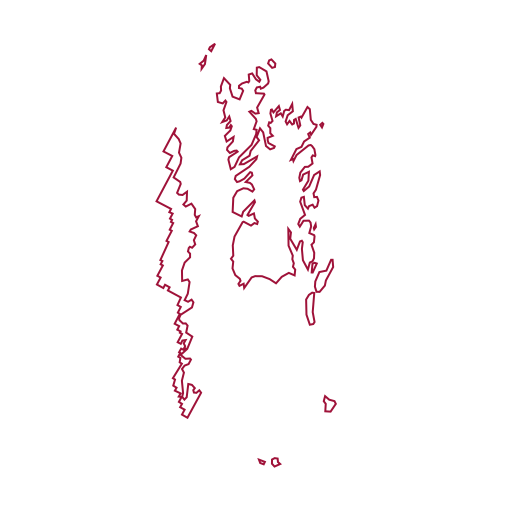 Kodiak Island, Alaska, United States of America, rotated 298°
{"feature_id": "52423323B80008995120080", "entity_name": "Kodiak Island", "entity_type": "district", "adm_level": 2, "iso_a3": "USA", "parent_name": "United States of America", "parent_adm1": "Alaska", "projection": "equal_earth", "projection_center": [-153.82, 57.362], "detail": "fine", "context": "isolated", "style": "outline", "palette": "rose", "viewbox_px": 512, "rotation_deg": 298, "n_neighbors": 0, "source": "geoboundaries", "source_scale": "gbopen_adm2", "svg_char_len": 6153}
<svg xmlns="http://www.w3.org/2000/svg" viewBox="0 0 512 512"><g transform="rotate(298 256 256)"><path d="M223.1,253.6L221.9,255.4L225.7,258.1L222.2,260.6L235.0,262.2L237.8,264.7L241.0,270.9L242.0,278.9L241.3,286.5L249.7,288.5L256.5,292.9L257.0,299.2L262.4,297.0L263.8,293.7L267.3,292.8L270.2,289.6L273.6,288.3L280.4,279.9L295.1,271.8L293.2,275.8L287.3,278.1L280.6,289.1L289.5,288.0L291.0,289.3L290.1,290.8L283.8,293.2L274.3,299.4L268.4,308.2L275.5,306.6L277.9,308.4L281.2,308.3L286.2,305.9L292.0,299.7L295.3,300.7L300.8,298.5L301.7,297.6L301.3,292.3L308.0,290.8L311.1,288.5L312.1,286.2L309.4,281.4L302.5,280.9L304.1,278.3L309.6,277.6L315.3,280.0L324.7,269.5L328.8,268.7L330.7,270.5L323.8,275.2L322.2,279.6L324.9,279.4L327.9,281.9L326.1,285.0L328.7,286.5L334.3,285.1L336.8,282.1L335.3,279.8L338.3,277.4L342.7,277.8L357.6,274.6L360.6,272.5L354.8,269.3L342.3,270.3L335.8,267.7L336.6,266.3L347.1,266.9L355.2,263.2L350.0,259.4L344.2,260.6L342.8,259.7L345.4,257.5L350.5,256.0L357.6,257.3L359.3,260.2L364.2,262.5L369.1,258.7L371.5,258.9L371.9,261.3L373.0,261.1L377.7,257.4L379.4,253.9L379.7,252.2L378.3,250.5L364.2,244.4L357.4,244.5L358.9,243.1L357.2,241.7L369.4,241.5L373.7,244.9L379.7,244.7L385.7,247.9L388.2,244.8L390.5,245.8L388.8,247.7L398.5,248.7L400.3,247.9L399.6,244.8L401.9,240.5L410.9,234.6L411.7,231.5L399.5,231.2L400.1,230.1L398.3,228.6L392.1,233.8L389.1,233.4L395.7,226.7L394.0,225.7L390.8,227.3L389.1,226.2L391.0,222.2L386.9,221.6L388.7,219.0L395.2,217.9L401.1,220.6L407.2,216.6L400.3,216.7L399.2,213.7L397.3,212.8L391.7,214.1L393.6,210.9L388.8,208.2L392.6,207.0L396.2,208.6L399.1,205.8L391.0,204.0L392.8,201.2L392.1,200.6L388.6,201.8L383.0,207.2L380.4,206.5L380.2,204.9L376.8,205.6L375.6,208.6L371.1,211.0L370.0,214.4L365.8,210.8L363.5,212.1L361.6,214.0L361.6,221.1L359.9,221.2L356.8,218.4L357.8,213.2L368.5,204.3L370.6,199.6L361.3,200.7L359.6,204.4L346.2,202.0L341.5,203.2L334.0,198.8L329.4,198.8L331.4,202.1L344.4,210.2L341.7,210.9L331.6,208.2L317.2,200.5L314.0,201.2L312.4,204.5L314.2,206.4L318.9,209.4L327.3,211.5L327.6,213.2L325.5,215.0L316.5,212.2L317.7,216.3L317.2,218.8L314.0,223.1L311.2,222.6L311.4,217.0L309.9,213.1L304.4,208.9L296.8,208.6L283.9,214.7L284.2,224.8L289.1,223.9L304.4,228.5L303.1,229.8L288.2,229.2L288.0,230.7L292.6,234.2L288.6,237.4L287.2,241.5L284.8,242.0L284.3,239.1L280.5,237.3L280.5,229.0L279.6,228.3L263.1,227.9L254.5,230.5L245.6,235.8L241.8,235.2L240.4,238.5L234.0,241.1L229.4,246.7L228.3,252.4L226.8,254.0L223.1,253.6ZM109.5,271.7L110.8,269.0L107.2,267.6L106.3,265.3L108.1,263.6L110.6,264.0L112.1,260.0L111.2,256.3L98.8,261.1L95.6,260.2L97.0,256.9L100.7,256.0L111.1,249.1L119.2,247.1L121.5,243.7L125.7,244.4L128.9,247.2L134.0,247.2L134.5,245.9L132.1,241.9L133.3,235.9L141.7,238.9L154.9,237.6L155.6,230.3L162.4,228.3L163.5,225.6L162.1,223.2L163.4,218.5L164.9,217.3L168.6,217.0L180.5,223.6L185.7,222.5L187.2,219.6L183.7,217.5L183.5,213.7L190.6,213.5L201.8,209.6L203.3,206.8L199.3,202.5L208.5,197.4L216.7,196.1L223.9,198.4L227.1,196.7L228.1,193.8L231.5,192.9L233.1,193.3L233.3,195.7L237.7,196.9L240.8,193.7L246.2,193.5L247.2,190.5L246.5,185.9L248.8,186.0L255.0,190.7L258.5,186.8L264.3,186.8L262.0,185.0L263.6,182.6L268.9,180.3L271.9,174.4L266.7,170.8L267.4,167.7L272.4,168.8L280.4,164.9L275.4,162.5L274.0,159.1L274.7,156.7L284.3,155.7L285.8,154.3L286.7,146.4L302.2,146.0L307.7,144.0L311.1,139.5L320.0,136.6L323.0,132.8L325.4,126.2L331.9,125.2L304.9,125.2L305.0,135.1L292.3,135.1L292.3,142.5L257.6,142.5L257.7,158.9L254.0,158.9L254.3,162.5L248.6,162.5L248.5,164.9L246.2,164.9L246.2,167.4L238.7,167.5L238.7,169.8L227.3,169.9L227.3,172.3L207.5,173.5L207.6,175.7L203.9,175.7L203.9,178.2L192.2,178.2L192.2,181.9L184.3,181.9L184.2,189.2L187.9,189.2L187.8,194.4L184.2,194.4L184.1,209.2L175.8,209.7L175.7,213.5L169.3,213.6L169.1,215.9L158.0,216.0L158.0,221.1L154.0,221.1L154.0,224.8L152.5,224.8L152.5,227.3L143.1,227.3L143.1,230.8L146.8,230.7L148.7,233.3L144.9,233.2L143.1,235.8L141.2,235.8L141.3,237.2L139.2,237.3L139.1,233.4L134.9,233.3L134.9,234.6L130.6,234.6L130.5,237.1L126.3,238.5L126.1,241.1L109.1,240.0L108.9,242.5L102.7,243.8L102.4,247.7L99.0,247.6L99.3,254.0L95.6,253.8L96.6,256.5L91.0,256.4L90.7,260.1L86.9,260.0L86.8,265.1L81.2,265.1L81.0,271.4L109.5,271.7ZM320.8,193.0L324.6,195.2L335.1,194.7L352.0,199.9L363.7,198.9L367.7,197.3L367.0,194.5L375.2,193.3L377.0,191.5L380.3,182.4L382.0,183.8L381.4,188.6L383.4,191.3L387.6,187.3L402.5,187.7L403.1,186.8L399.7,179.5L401.9,177.6L405.2,177.6L407.4,180.2L406.0,181.7L408.1,183.5L414.0,185.7L416.2,185.2L423.9,178.6L424.3,170.2L422.7,168.3L415.9,171.8L413.6,177.1L411.4,177.1L412.0,173.0L415.4,166.9L412.8,164.4L407.4,167.9L405.7,167.8L405.5,166.1L401.8,162.7L398.3,161.1L396.3,162.1L397.1,164.8L395.8,167.1L386.6,168.0L385.7,160.5L391.8,154.2L395.0,152.9L398.0,144.2L389.2,145.4L385.7,147.5L382.7,147.5L381.1,145.1L374.1,150.0L375.1,155.0L378.9,156.0L378.1,157.6L369.4,158.9L363.9,163.8L358.4,163.3L362.0,166.5L366.6,166.9L363.2,170.2L358.0,168.8L355.1,169.7L356.8,172.1L359.8,172.3L359.2,173.7L354.8,174.4L347.4,172.1L343.3,176.3L350.6,180.3L346.3,181.8L338.5,179.8L336.1,180.6L334.7,184.5L338.7,187.5L340.0,189.4L339.5,190.8L330.5,185.8L328.1,186.4L320.8,193.0ZM252.8,326.2L254.2,329.0L262.2,330.7L267.2,329.2L282.5,329.3L288.6,325.4L287.9,324.1L276.1,325.0L271.6,319.5L261.4,320.3L256.6,322.4L252.8,326.2ZM220.6,335.8L222.8,338.5L225.2,338.7L233.1,332.4L250.7,324.8L250.0,322.8L246.5,321.0L241.1,320.7L227.9,328.1L220.6,335.8ZM151.4,390.1L153.6,394.9L162.9,395.9L164.7,393.4L163.5,388.1L164.7,382.8L159.6,384.0L158.2,387.0L151.4,390.1ZM78.8,371.2L83.7,375.0L84.4,372.1L87.3,370.2L86.3,367.4L83.8,365.7L80.1,367.6L78.8,371.2ZM431.7,176.3L429.7,181.9L431.8,184.0L435.0,182.7L436.8,177.3L434.9,175.8L431.7,176.3ZM395.8,120.1L401.5,120.8L410.1,117.7L403.9,118.1L399.2,116.1L398.9,118.7L395.8,120.1ZM267.6,312.9L268.0,313.8L277.9,313.2L277.5,310.9L275.7,309.5L267.6,312.9ZM416.5,117.4L415.8,120.3L424.2,120.2L418.7,117.3L416.5,117.4ZM75.2,356.9L75.7,360.6L78.4,360.5L77.6,354.2L75.2,356.9ZM402.0,251.1L400.5,253.9L404.2,253.5L404.7,252.1L402.0,251.1ZM306.8,294.9L309.8,295.3L312.0,293.7L307.8,293.9L306.8,294.9Z" fill="none" stroke="#9f1239" stroke-width="2"/></g></svg>